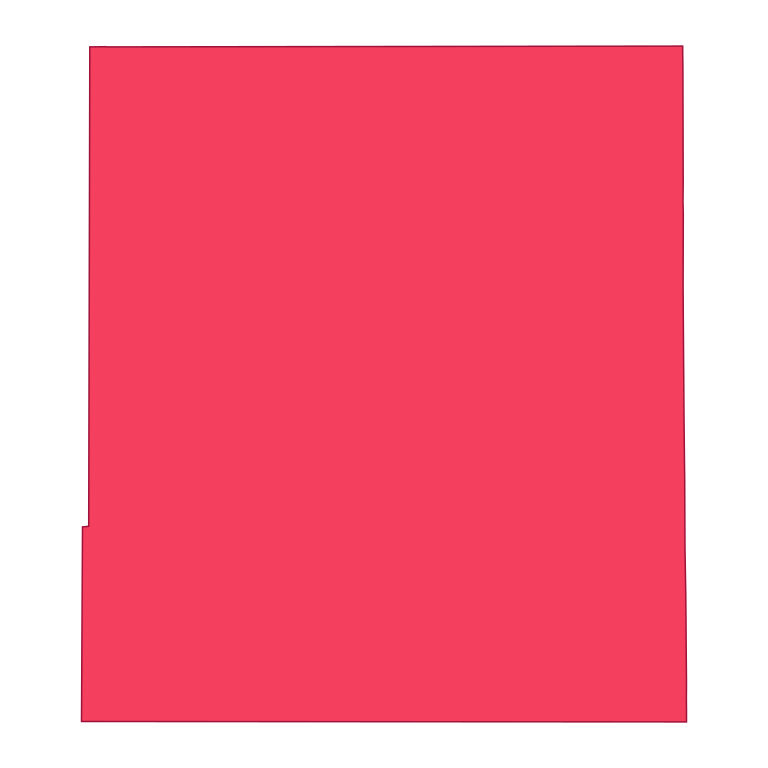 the district of Prowers, Colorado, United States of America
{"feature_id": "52423323B94431049458493", "entity_name": "Prowers", "entity_type": "district", "adm_level": 2, "iso_a3": "USA", "parent_name": "United States of America", "parent_adm1": "Colorado", "projection": "orthographic", "projection_center": [-102.223, 37.956], "detail": "fine", "context": "isolated", "style": "filled", "palette": "rose", "viewbox_px": 768, "rotation_deg": 0, "n_neighbors": 0, "source": "geoboundaries", "source_scale": "gbopen_adm2", "svg_char_len": 444}
<svg xmlns="http://www.w3.org/2000/svg" viewBox="0 0 768 768"><path d="M89.8,46.9L88.7,526.3L82.5,526.9L81.5,721.5L686.5,721.9L686.5,710.9L686.4,698.8L686.5,682.8L686.1,635.8L686.0,619.9L685.8,596.5L685.3,565.6L685.0,549.6L684.9,527.3L684.7,479.9L684.0,416.9L684.0,414.8L683.1,287.7L683.3,214.6L683.0,201.6L683.2,183.5L682.9,66.4L682.7,52.9L682.7,46.1L106.9,46.9L105.5,46.7L89.8,46.9Z" fill="#f43f5e" stroke="#9f1239" stroke-width="1.5"/></svg>